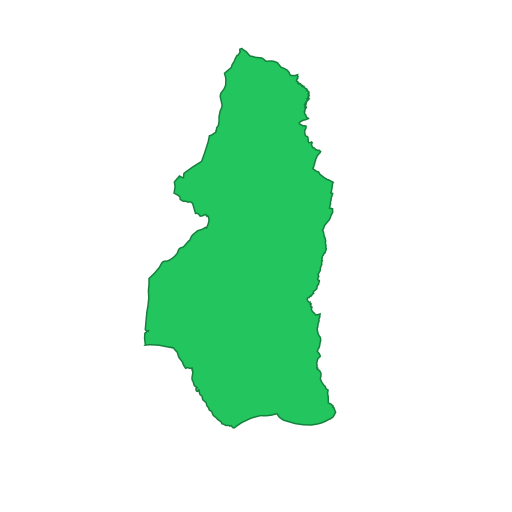 outline of El Piñón, Magdalena, Colombia, rotated 233°
{"feature_id": "7082276B5529453016246", "entity_name": "El Piñón", "entity_type": "district", "adm_level": 2, "iso_a3": "COL", "parent_name": "Colombia", "parent_adm1": "Magdalena", "projection": "robinson", "projection_center": [-74.657, 10.338], "detail": "fine", "context": "isolated", "style": "filled", "palette": "green", "viewbox_px": 512, "rotation_deg": 233, "n_neighbors": 0, "source": "geoboundaries", "source_scale": "gbopen_adm2", "svg_char_len": 6143}
<svg xmlns="http://www.w3.org/2000/svg" viewBox="0 0 512 512"><g transform="rotate(233 256 256)"><path d="M83.2,225.5L88.1,226.9L88.9,226.3L89.7,227.3L92.8,226.7L95.1,225.3L100.3,229.1L103.0,230.3L105.6,232.9L107.9,232.0L110.2,232.8L112.0,232.4L115.9,232.6L119.3,233.5L121.0,235.6L123.2,237.3L126.3,237.8L127.8,237.1L128.4,237.4L129.0,236.9L129.5,237.8L130.3,237.3L131.6,238.8L133.6,239.7L136.3,242.8L136.8,243.9L137.2,247.0L139.5,247.7L141.4,247.7L142.8,247.4L143.0,247.9L144.4,249.5L144.6,250.8L146.0,252.8L147.9,254.7L149.8,257.0L152.2,258.4L154.5,258.4L156.8,258.9L160.5,260.7L162.0,261.9L162.1,262.7L164.0,264.2L166.3,267.4L167.8,268.2L168.6,269.9L171.2,272.3L172.0,269.7L173.1,268.4L174.0,268.1L175.6,268.1L176.9,267.8L179.7,267.8L181.5,269.9L181.9,269.9L182.4,269.2L183.4,269.8L183.9,270.5L184.4,270.0L185.0,270.3L185.1,271.1L185.5,270.8L186.7,271.4L186.8,270.8L187.8,270.3L190.2,270.5L191.4,271.8L191.3,272.7L190.8,273.6L191.4,274.9L191.1,275.2L190.8,276.1L191.3,276.6L191.2,277.6L191.6,278.5L191.5,279.6L192.5,279.8L193.0,280.8L193.1,284.1L193.5,285.2L195.2,286.7L195.3,287.4L195.7,287.9L195.7,288.9L197.4,290.7L197.4,291.2L198.3,291.8L198.6,291.3L200.5,291.3L201.1,292.0L201.3,292.9L201.7,293.6L202.7,294.2L203.8,294.2L205.7,298.5L207.8,300.4L209.2,302.5L209.4,303.2L211.7,304.8L212.3,306.2L213.0,306.0L213.6,306.4L214.1,307.3L214.7,307.6L215.8,308.9L216.2,310.5L217.1,311.5L216.9,312.8L219.4,316.5L220.3,316.6L220.5,316.9L221.3,317.1L221.5,317.6L222.2,318.2L224.5,319.1L225.6,320.3L227.6,321.5L229.8,322.3L230.1,322.1L235.0,324.5L236.3,324.5L236.4,324.9L237.0,325.3L237.0,326.0L239.2,329.3L240.8,336.3L242.2,339.0L243.0,339.8L244.7,343.5L247.7,345.6L250.0,343.5L253.3,347.4L254.1,347.7L255.7,349.9L256.5,350.3L259.8,354.9L261.5,353.7L262.3,355.3L267.7,360.7L268.4,362.0L273.2,359.8L274.2,358.8L275.2,358.7L276.9,357.8L282.9,356.2L285.4,356.6L287.4,355.2L291.7,353.9L292.5,355.8L294.3,357.9L294.2,358.1L295.3,359.2L296.4,361.0L297.4,361.8L297.8,363.0L299.1,365.0L300.0,368.8L299.9,369.3L300.6,370.5L302.5,370.0L303.4,368.7L305.1,367.7L307.1,367.6L307.9,366.8L308.9,366.7L311.4,367.2L312.8,369.1L313.7,369.0L313.7,368.0L314.0,367.3L315.1,366.4L316.5,366.8L316.9,367.3L319.6,368.9L320.8,368.8L321.6,368.0L322.4,367.9L325.5,369.3L327.0,370.7L328.0,372.8L328.5,372.9L329.3,374.1L329.7,374.1L330.2,373.7L332.0,371.7L335.6,370.2L336.4,370.8L336.5,372.9L335.9,375.8L335.2,377.0L334.2,380.6L334.7,380.6L335.8,380.0L337.3,380.0L338.6,380.7L340.3,380.4L341.1,381.1L342.1,381.3L342.2,382.3L343.0,382.7L343.7,383.7L344.1,384.9L344.4,384.5L344.6,384.9L345.1,384.8L345.0,385.2L345.5,385.0L345.4,385.4L345.9,385.1L346.0,385.7L346.3,385.9L346.2,386.1L346.7,386.6L347.4,386.2L347.5,386.7L347.9,386.5L347.8,387.1L348.6,387.9L348.0,388.0L348.4,388.3L348.2,388.5L349.1,390.2L349.1,391.3L349.5,391.3L349.4,391.0L349.7,390.8L350.2,391.3L349.9,391.7L350.2,391.6L349.9,392.0L350.3,392.3L350.0,392.5L350.0,393.1L350.5,392.7L351.5,393.7L351.7,393.3L352.0,393.8L351.8,393.7L351.6,394.0L352.0,394.8L352.3,394.5L352.9,395.0L353.2,394.9L353.2,395.5L353.8,395.9L354.4,395.6L354.5,396.0L354.2,396.1L354.3,396.5L355.0,396.6L355.6,397.1L357.8,396.1L358.2,396.9L358.6,396.7L358.9,397.0L360.6,396.1L361.8,396.3L362.1,395.9L362.7,396.2L362.9,395.4L363.3,395.2L363.9,395.7L364.5,395.6L364.7,394.8L365.1,394.8L365.1,395.2L366.9,395.1L367.3,394.7L367.3,394.0L367.6,393.7L368.1,394.1L368.3,393.7L368.7,394.1L369.2,393.6L369.8,394.2L371.1,393.7L371.7,393.8L372.0,394.5L372.6,394.8L372.6,396.1L373.6,396.6L373.8,397.4L374.3,397.2L374.7,397.7L375.5,397.7L375.8,398.2L376.8,395.3L379.7,392.1L382.7,392.9L385.5,392.8L388.6,391.5L391.7,389.6L397.6,389.4L400.6,387.5L402.3,385.9L405.3,381.5L405.8,381.1L408.9,380.5L410.8,379.7L415.2,374.9L417.2,373.6L419.0,371.8L420.7,371.4L425.0,371.2L428.5,369.9L430.3,369.6L430.9,367.4L430.0,367.0L429.4,366.3L428.7,366.5L428.4,366.0L427.3,362.9L427.2,362.3L427.6,361.5L426.1,358.2L424.7,356.1L423.2,352.1L421.4,349.7L420.9,340.8L416.4,339.0L413.7,337.1L410.5,334.3L408.6,330.9L407.1,325.9L406.0,324.4L404.7,323.3L397.2,319.9L395.3,318.2L393.4,314.7L389.6,310.4L385.6,307.4L382.7,304.2L382.2,302.0L380.0,299.6L380.1,299.4L379.1,298.6L379.3,293.2L380.1,291.2L376.1,286.7L369.1,276.8L364.5,269.8L364.3,269.1L365.2,259.1L365.4,248.5L365.2,248.0L362.3,245.3L362.8,244.4L366.0,243.0L365.7,241.7L365.1,241.5L365.4,240.4L364.4,235.8L364.0,235.1L361.0,233.7L359.5,232.6L355.6,228.4L350.9,230.5L348.6,230.7L346.8,229.5L344.2,230.5L343.3,231.0L341.7,233.2L340.1,233.9L338.8,236.1L337.1,236.9L335.8,236.9L326.4,233.3L325.3,234.9L323.8,235.4L321.4,235.4L320.3,237.4L319.6,240.7L317.3,240.7L317.6,241.4L316.2,241.7L312.9,240.1L310.5,237.3L308.1,233.3L309.3,232.8L309.5,230.0L310.1,227.8L311.3,224.8L311.1,219.2L310.6,216.4L308.5,212.7L308.5,211.1L307.0,204.0L307.0,203.0L307.9,200.7L307.9,198.8L307.3,197.4L305.5,194.7L304.6,190.4L304.6,185.8L305.3,182.1L306.8,180.0L307.3,178.7L307.3,177.0L305.1,172.1L303.4,164.9L302.4,157.0L297.4,153.2L293.2,149.3L287.1,145.2L281.4,139.9L276.8,135.0L263.9,123.3L263.0,123.2L261.9,123.7L261.1,125.1L260.8,124.5L261.5,123.5L261.0,122.3L261.3,120.9L257.5,117.6L251.7,114.2L251.6,113.8L249.1,117.8L243.2,124.8L234.9,132.2L234.3,133.1L234.2,133.0L233.3,134.0L233.1,133.8L232.4,134.8L229.3,134.8L226.6,135.2L221.6,133.4L215.4,133.4L212.8,132.5L208.6,132.2L208.1,134.3L206.2,135.4L205.2,137.2L203.9,136.6L204.1,137.1L200.9,135.4L197.5,131.8L196.3,130.9L194.9,130.3L193.6,130.2L190.2,128.9L189.0,128.8L186.4,129.8L186.4,128.8L186.1,128.8L185.9,128.0L185.0,127.4L183.7,127.3L183.2,127.6L183.0,128.6L183.4,129.8L183.0,129.8L181.7,128.9L179.1,127.9L176.3,128.5L173.9,127.2L173.0,127.0L169.0,127.9L165.7,126.6L164.0,126.8L160.8,126.0L159.8,126.6L158.4,127.0L155.0,126.0L153.5,126.1L150.7,126.9L148.7,127.0L144.4,128.3L142.6,127.8L140.8,129.1L138.8,129.9L137.5,131.8L136.6,132.6L135.9,132.7L135.6,134.0L132.8,134.2L131.8,135.2L131.8,139.6L131.5,144.6L129.8,153.0L129.0,155.8L126.0,163.2L122.1,168.3L119.8,172.2L117.4,177.8L113.6,177.6L110.1,178.5L108.0,179.4L98.5,186.5L92.6,192.4L87.7,198.5L84.7,204.3L83.2,208.1L82.1,212.5L81.7,215.7L81.1,217.6L81.1,220.7L83.2,225.5Z" fill="#22c55e" stroke="#15803d" stroke-width="1.5"/></g></svg>